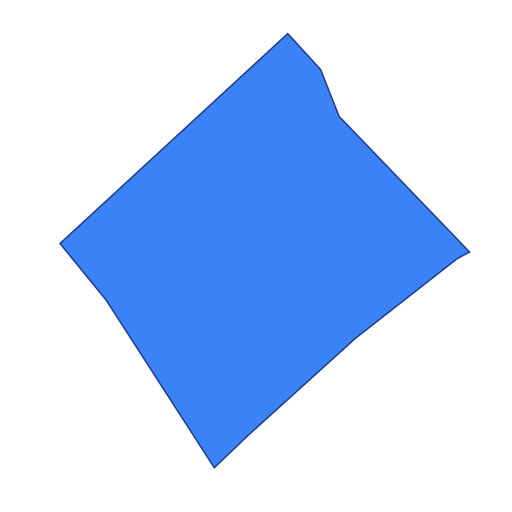 41, Ad Dawhah, Qatar, rotated 137°
{"feature_id": "91078587B71009022079997", "entity_name": "41", "entity_type": "district", "adm_level": 2, "iso_a3": "QAT", "parent_name": "Qatar", "parent_adm1": "Ad Dawhah", "projection": "equal_earth", "projection_center": [51.529, 25.26], "detail": "fine", "context": "isolated", "style": "filled", "palette": "blue", "viewbox_px": 512, "rotation_deg": 137, "n_neighbors": 0, "source": "geoboundaries", "source_scale": "gbopen_adm2", "svg_char_len": 346}
<svg xmlns="http://www.w3.org/2000/svg" viewBox="0 0 512 512"><g transform="rotate(137 256 256)"><path d="M390.8,398.8L390.8,398.2L390.9,397.6L395.7,325.9L430.9,129.6L384.7,130.2L239.6,128.0L111.0,116.9L99.4,113.9L99.1,113.8L97.1,113.2L100.0,301.5L81.6,348.2L81.1,397.0L390.8,398.8Z" fill="#3b82f6" stroke="#1e3a8a" stroke-width="1.5"/></g></svg>